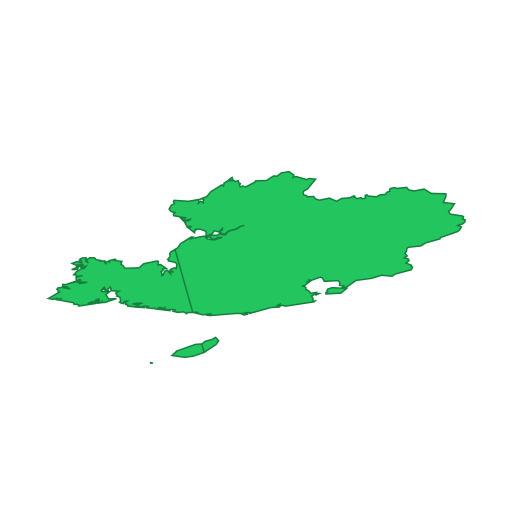 an SVG outline of Chukchi Autonomous Okrug, rotated 166°
{"feature_id": "RUS-2321", "entity_name": "Chukchi Autonomous Okrug", "entity_type": "Autonomous Province", "adm_level": 1, "iso_a3": "RUS", "parent_name": "Russia", "parent_adm1": "", "projection": "natural_earth1", "projection_center": [175.436, 66.707], "detail": "fine", "context": "isolated", "style": "filled", "palette": "green", "viewbox_px": 512, "rotation_deg": 166, "n_neighbors": 0, "source": "natural_earth", "source_scale": "10m", "svg_char_len": 6153}
<svg xmlns="http://www.w3.org/2000/svg" viewBox="0 0 512 512"><g transform="rotate(166 256 256)"><path d="M108.6,205.1L125.5,204.8L128.9,203.5L138.8,206.9L149.5,206.4L164.8,208.1L176.5,203.5L180.0,204.6L178.0,205.5L182.1,207.3L181.1,210.0L182.2,212.2L195.9,214.9L196.8,218.7L198.9,219.9L208.2,219.0L211.6,220.3L209.4,218.4L211.8,217.5L213.0,219.1L212.4,217.2L216.3,215.3L217.2,215.7L218.6,215.5L216.9,215.3L215.3,213.4L215.6,211.2L213.5,209.8L211.8,206.5L206.2,206.1L207.2,204.9L211.8,203.7L211.0,200.8L211.5,198.3L209.6,198.0L210.6,197.5L238.8,200.1L245.2,202.8L244.7,203.4L248.2,202.5L244.3,201.7L245.7,200.8L253.9,202.4L276.5,201.8L274.1,202.2L280.0,203.6L282.1,202.7L277.3,201.7L281.7,201.6L283.5,202.8L283.1,203.5L289.4,205.1L315.2,209.4L319.0,210.9L313.9,209.9L313.8,211.0L321.5,211.7L330.5,216.3L325.2,214.3L327.1,215.9L331.0,216.5L333.0,282.0L330.1,282.8L326.3,286.2L314.3,290.1L313.2,289.8L316.8,288.6L301.8,287.9L298.7,285.9L300.1,285.7L299.3,284.4L292.7,281.7L284.4,282.2L287.6,283.1L293.0,282.3L297.5,286.2L294.1,287.0L288.6,285.4L286.1,286.4L281.0,283.8L276.6,286.7L267.7,286.9L263.9,288.4L259.8,288.4L264.2,288.6L268.6,287.1L276.6,287.0L281.5,284.5L286.0,288.1L282.3,289.5L281.9,290.1L281.9,291.0L286.4,288.4L290.2,290.5L293.4,288.1L300.1,287.1L298.4,290.8L299.7,293.0L304.5,295.9L309.4,296.7L307.9,295.9L310.6,294.2L309.5,292.7L314.8,299.6L313.4,299.0L312.1,300.2L313.5,300.5L312.1,300.7L315.5,301.1L315.5,300.2L317.2,306.7L315.2,305.8L316.9,307.0L311.8,306.6L310.7,307.7L316.6,307.6L316.8,309.2L315.1,310.3L316.5,310.8L318.3,309.9L317.2,308.2L317.5,307.2L320.6,311.9L318.5,310.5L318.0,311.4L326.1,315.0L326.2,316.3L324.0,317.7L327.6,319.6L329.0,322.5L326.0,325.7L322.4,326.6L322.9,328.8L321.9,329.8L308.2,325.4L298.1,324.7L298.2,321.8L300.1,320.6L296.5,322.5L293.8,319.7L294.5,321.4L293.0,323.1L294.6,324.6L297.5,324.6L289.4,325.5L284.3,329.3L271.2,333.5L272.4,332.7L270.5,331.9L269.4,334.4L263.9,336.2L264.4,335.8L261.7,335.1L263.4,336.8L260.2,338.0L259.9,335.1L258.0,333.2L255.0,333.4L255.1,331.5L253.7,329.9L254.9,328.9L254.7,327.0L251.9,327.1L249.4,325.5L238.9,328.0L238.2,329.0L227.5,326.7L219.8,329.4L216.2,328.4L211.3,330.5L203.5,329.9L199.7,325.3L201.0,323.3L197.8,323.4L188.4,317.9L185.7,318.4L179.6,316.1L189.9,308.5L193.7,307.6L195.2,306.1L194.6,303.4L192.3,302.4L192.1,301.1L185.6,299.8L184.6,297.1L181.0,294.8L170.7,294.4L164.6,289.6L158.8,291.1L150.9,289.8L146.5,290.7L145.8,290.1L146.8,289.7L144.2,287.3L140.0,287.2L138.8,285.7L135.7,285.8L135.4,288.4L133.6,288.5L132.6,287.0L124.7,284.3L120.5,285.4L115.7,284.4L113.4,286.2L110.4,286.5L110.3,288.4L109.2,289.0L105.2,288.9L102.9,287.5L93.2,286.1L91.9,283.2L86.7,280.8L76.7,280.3L70.9,274.4L56.7,270.4L57.2,268.0L61.3,262.6L50.8,258.7L55.9,253.9L58.4,252.9L57.5,249.7L45.9,244.8L45.1,243.6L46.6,242.1L44.3,240.4L45.1,238.5L47.7,237.1L52.9,236.9L49.6,234.5L52.6,231.6L54.8,230.9L72.4,229.3L73.4,228.1L88.1,227.7L93.5,225.9L105.9,227.6L107.8,226.9L108.7,224.3L110.7,222.7L109.3,219.5L112.6,218.4L108.8,216.1L108.7,214.4L112.3,213.0L107.4,209.4L108.0,208.6L106.8,207.3L108.6,205.1ZM331.0,216.5L336.4,217.7L337.1,216.8L339.8,219.3L345.9,220.3L350.6,222.9L347.4,221.5L347.8,223.7L356.6,225.8L357.6,227.1L356.1,228.4L360.7,227.0L352.0,223.5L363.5,227.9L360.0,228.4L361.7,229.5L365.5,228.7L367.6,229.4L366.5,229.2L367.1,230.4L368.9,230.0L375.6,232.6L373.5,232.1L372.7,233.1L376.0,234.5L380.3,234.4L376.0,232.7L384.0,235.2L381.6,235.9L382.2,237.3L378.8,237.8L380.6,238.6L387.4,239.5L383.0,237.3L385.3,235.8L392.6,238.4L392.4,239.3L394.6,241.0L393.3,240.5L394.1,242.1L391.7,243.4L394.4,243.7L396.7,242.3L395.2,241.4L398.9,243.3L399.6,244.3L398.3,244.8L397.9,248.8L400.8,250.8L400.0,251.1L401.1,253.9L397.5,255.0L404.6,257.2L405.2,258.2L404.4,259.4L405.4,260.5L404.5,261.5L408.3,259.5L407.7,258.2L410.1,258.2L411.4,260.5L410.3,261.0L410.7,262.5L413.2,261.0L411.9,260.5L414.3,260.0L414.4,258.8L406.8,256.7L411.0,255.0L409.4,250.0L401.7,248.4L414.2,247.5L416.8,248.1L416.6,248.9L417.5,248.1L421.7,248.6L419.1,248.5L420.8,249.4L418.9,249.7L419.0,252.4L421.8,252.0L419.9,250.9L421.7,249.5L422.1,250.5L425.6,251.2L431.0,250.5L422.2,249.0L422.8,248.7L439.3,250.2L440.4,250.6L439.8,251.4L440.7,252.2L444.3,253.2L444.4,254.8L457.6,260.9L454.6,262.2L459.1,261.3L461.5,262.9L458.4,263.1L463.5,263.1L467.7,265.0L455.5,268.5L456.7,269.1L456.1,270.2L457.3,271.8L456.1,272.9L452.3,272.6L444.3,269.0L447.2,272.0L451.0,273.1L450.4,275.2L447.5,274.3L437.3,275.1L441.1,274.7L434.3,273.9L434.9,273.3L433.3,272.6L433.7,271.8L426.2,271.3L432.5,273.3L433.6,275.2L432.2,275.2L432.7,275.8L436.5,274.9L435.6,279.0L428.9,278.9L435.5,279.5L435.3,281.4L437.3,281.9L434.3,284.0L428.6,285.9L425.4,285.6L423.4,287.2L428.1,286.5L428.8,287.7L425.1,288.9L427.8,289.1L426.3,290.6L428.2,289.8L432.9,290.7L436.3,293.3L431.5,293.9L427.5,291.8L425.8,292.3L428.8,292.7L428.5,294.7L426.7,294.4L427.2,295.7L424.8,296.1L421.3,295.3L422.5,292.6L420.3,289.7L421.2,291.5L420.9,293.5L417.7,294.5L412.9,293.2L412.1,291.2L407.9,289.2L408.4,288.8L403.8,287.8L404.5,286.3L403.6,284.9L402.8,286.4L400.5,286.6L399.7,285.5L399.3,287.1L393.7,287.0L393.1,286.6L394.2,285.8L387.5,283.2L388.8,282.5L388.2,281.7L389.1,280.6L387.1,278.7L386.6,276.3L384.7,275.5L372.4,272.8L366.7,275.7L353.0,275.1L352.0,274.3L353.3,271.0L350.6,270.8L345.9,265.4L349.7,266.0L349.7,264.5L352.1,263.8L351.4,261.7L352.2,259.7L350.5,260.1L348.3,263.4L345.7,263.5L343.9,262.1L344.4,261.0L343.2,259.2L343.2,261.3L339.9,260.4L342.7,263.1L342.2,263.7L338.0,264.3L336.5,263.1L334.8,267.1L335.7,269.2L342.2,272.4L341.7,273.4L342.5,274.1L339.4,276.4L339.2,279.1L337.4,280.7L333.0,282.0L331.0,216.5ZM329.6,175.0L341.1,174.0L349.6,174.9L361.6,179.8L355.7,183.0L336.2,184.9L329.9,183.8L329.6,175.0ZM329.9,183.7L325.8,185.6L319.1,185.6L314.9,186.8L312.7,182.8L316.2,179.8L329.6,175.0L329.9,183.7ZM197.4,202.3L196.9,203.7L195.2,203.8L195.5,205.3L194.5,206.5L189.9,206.9L176.0,202.6L182.6,199.4L197.4,202.3ZM432.6,286.1L438.2,287.4L430.5,288.5L432.6,286.1ZM203.7,204.3L207.8,203.5L205.5,204.9L203.7,204.3ZM432.7,289.2L432.1,290.1L429.4,289.5L429.7,289.1L432.7,289.2ZM384.2,177.5L384.1,178.0L381.8,177.0L384.2,177.5Z" fill="#22c55e" stroke="#15803d" stroke-width="1.5"/></g></svg>